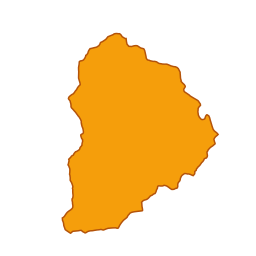 the district of Gozhing, Shemgang, Bhutan, rotated 166°
{"feature_id": "84629894B58604121437268", "entity_name": "Gozhing", "entity_type": "district", "adm_level": 2, "iso_a3": "BTN", "parent_name": "Bhutan", "parent_adm1": "Shemgang", "projection": "natural_earth1", "projection_center": [90.921, 26.963], "detail": "fine", "context": "isolated", "style": "filled", "palette": "amber", "viewbox_px": 256, "rotation_deg": 166, "n_neighbors": 0, "source": "geoboundaries", "source_scale": "gbopen_adm2", "svg_char_len": 5807}
<svg xmlns="http://www.w3.org/2000/svg" viewBox="0 0 256 256"><g transform="rotate(166 128 128)"><path d="M42.1,100.0L43.1,101.9L44.9,104.2L45.7,106.1L46.0,109.5L46.1,111.9L46.3,115.9L46.3,118.2L46.7,120.3L47.3,120.9L48.1,121.7L48.6,121.7L49.6,120.9L50.6,119.5L51.2,118.4L52.2,118.1L53.4,118.1L54.1,118.3L54.7,118.6L55.2,119.3L55.4,119.7L56.2,121.4L56.6,123.5L56.4,125.4L56.3,126.7L56.0,127.7L55.7,128.3L55.3,129.8L54.5,130.9L52.9,132.0L52.2,132.4L52.1,133.1L52.0,133.7L52.7,135.7L53.4,137.5L54.4,138.6L56.7,140.8L59.8,143.9L60.7,145.3L63.3,148.2L64.3,149.3L64.7,150.1L64.7,151.2L64.6,151.8L64.3,152.4L62.9,153.7L62.4,154.4L62.4,155.0L62.9,156.5L64.2,158.5L64.9,159.8L65.2,160.5L64.9,161.3L65.0,162.3L65.0,163.6L64.4,166.9L64.2,168.4L64.0,169.1L64.0,169.9L64.2,170.7L64.8,173.4L65.8,174.9L67.3,176.0L68.8,176.5L71.3,177.9L73.9,179.9L74.8,180.5L75.8,180.8L77.0,181.1L78.8,181.6L80.3,182.3L81.7,182.9L82.6,183.4L83.5,184.4L84.2,185.2L84.7,185.5L86.0,186.2L86.6,186.3L87.6,186.6L89.0,187.3L89.9,187.7L90.5,188.1L90.9,188.5L91.5,188.8L92.0,189.0L92.8,189.6L93.2,190.7L93.4,191.5L93.2,193.2L93.2,194.0L93.1,197.0L93.1,198.8L93.1,199.3L93.3,200.0L93.3,200.5L93.7,201.1L94.5,201.6L95.5,202.1L96.6,202.8L97.4,203.8L98.2,204.5L98.5,205.0L98.9,205.4L100.2,206.0L100.9,206.1L102.2,206.3L104.8,206.2L107.5,207.1L108.7,209.7L108.6,212.2L108.2,215.3L108.8,215.4L109.6,215.9L110.0,216.4L110.4,216.8L111.1,217.5L111.7,218.1L111.9,219.1L112.2,219.9L112.7,220.6L112.9,221.0L113.3,221.5L114.0,221.7L114.6,221.8L115.5,222.2L116.4,222.5L117.0,222.6L118.1,222.7L119.0,222.6L119.8,222.2L121.2,222.0L123.4,221.7L125.4,221.4L127.1,220.1L128.2,219.3L129.4,218.9L131.2,218.2L132.8,217.8L134.0,217.6L134.9,216.3L136.2,215.0L136.8,214.8L138.5,214.2L139.3,214.0L139.9,214.1L140.7,214.1L141.5,214.1L142.5,214.1L144.4,214.1L145.6,214.2L146.3,213.6L147.2,212.8L147.9,212.0L148.8,210.4L150.2,209.1L151.4,208.7L151.8,207.7L153.1,206.1L154.7,204.8L156.0,204.5L157.1,204.5L158.1,204.6L159.2,204.1L159.5,203.3L160.0,201.7L160.9,199.7L161.4,198.5L161.8,196.7L162.0,195.7L162.1,194.9L163.9,188.4L163.8,185.6L163.7,184.0L163.7,182.8L163.9,181.5L164.3,181.4L166.0,180.3L166.7,179.7L167.4,179.1L167.8,178.6L168.1,178.3L168.6,177.7L169.2,177.3L170.2,176.6L170.8,176.0L171.2,175.6L171.7,175.3L172.4,174.6L172.8,174.4L173.4,174.3L174.1,174.1L174.7,173.9L176.1,173.3L176.9,172.9L177.7,172.4L178.3,171.7L178.7,170.9L178.6,170.3L178.3,169.9L178.1,169.2L177.8,168.6L177.6,167.8L177.7,167.3L177.7,166.7L177.6,165.9L177.7,164.6L177.8,164.0L177.9,163.4L178.1,162.8L178.1,161.9L178.0,161.4L177.6,160.6L177.2,160.0L176.7,159.0L176.4,158.5L176.2,158.0L175.8,157.2L175.4,156.6L174.9,155.4L174.6,154.8L174.4,154.1L174.1,153.5L173.8,152.8L173.6,152.1L173.4,151.7L172.8,150.6L172.5,149.5L172.2,148.8L172.1,148.3L172.0,147.7L171.9,147.2L171.7,146.2L171.8,145.6L172.2,144.0L172.0,143.1L172.3,142.5L172.2,142.0L172.2,140.3L172.0,139.5L171.9,138.2L172.0,136.6L172.2,134.9L172.4,134.4L172.8,133.8L173.4,133.4L174.2,133.3L174.8,133.1L175.3,132.9L175.6,132.4L175.6,131.8L175.7,131.2L175.6,130.4L175.6,129.8L175.5,129.2L175.4,128.7L174.9,127.8L175.1,127.0L175.2,126.1L175.6,125.4L176.1,124.5L176.6,123.4L176.8,122.5L177.3,122.1L177.8,121.6L178.6,121.1L179.1,120.7L179.5,120.2L179.8,119.5L180.4,118.8L181.2,118.5L182.2,118.1L183.5,117.7L184.7,117.6L185.4,117.1L185.8,116.8L186.5,116.3L187.0,115.7L187.2,115.3L187.7,114.9L188.3,114.8L188.8,114.8L189.3,114.4L189.9,114.2L190.3,113.8L190.8,113.3L191.3,113.0L191.7,112.9L192.6,112.3L193.1,112.0L193.1,111.3L193.1,110.6L193.3,110.0L193.8,109.3L194.2,108.3L194.4,107.9L194.8,107.3L195.1,106.8L195.0,106.3L194.6,105.3L194.6,104.5L194.4,103.3L194.4,102.3L194.5,101.6L194.8,100.5L195.1,99.4L195.6,98.0L195.9,97.3L195.8,96.2L196.1,93.6L196.4,92.6L196.7,91.4L196.7,90.9L196.5,90.4L196.3,89.8L196.1,89.0L195.9,88.0L195.7,86.1L195.7,85.0L195.7,84.4L196.0,83.7L196.5,83.0L196.5,81.5L196.9,80.2L197.3,78.2L197.6,75.9L198.2,74.2L198.7,73.3L199.2,73.0L199.5,72.4L199.8,71.2L199.8,69.5L200.1,68.2L200.3,65.9L200.8,64.4L201.7,63.3L202.7,62.9L203.4,62.4L204.8,62.0L207.1,61.0L208.4,60.1L209.4,59.2L210.4,58.3L211.0,57.7L212.4,56.9L213.5,56.6L213.9,54.2L213.6,52.7L213.6,51.1L213.9,48.7L213.6,45.9L213.5,44.6L212.6,43.5L210.8,41.5L209.6,40.2L209.1,39.8L207.0,40.9L206.3,41.1L204.5,40.8L201.7,40.4L200.9,40.3L199.0,40.2L198.0,39.9L197.2,38.6L196.6,38.0L195.7,37.3L195.2,36.7L194.5,36.5L193.0,37.0L192.0,37.3L189.8,37.4L187.1,36.9L185.2,36.8L182.9,36.6L181.0,36.3L178.7,36.1L177.3,35.3L176.6,35.0L176.0,35.0L173.9,35.3L171.7,35.5L169.0,35.1L166.7,34.7L164.1,34.1L162.7,33.3L161.6,33.3L159.3,35.9L157.3,37.7L154.7,39.6L151.8,40.9L150.6,41.5L149.1,43.2L147.7,44.1L146.7,44.9L144.7,45.3L142.2,45.2L138.8,44.8L135.0,44.3L134.0,44.3L133.7,44.7L133.6,45.5L133.5,46.4L133.4,48.5L133.1,50.2L132.9,51.3L132.8,52.7L131.8,53.2L131.0,53.8L130.1,54.0L129.3,54.1L127.9,54.1L126.7,54.3L125.7,54.7L124.4,55.5L123.5,56.1L122.7,56.7L121.1,56.9L120.1,57.3L119.6,57.6L118.2,57.9L117.6,57.9L116.3,59.3L115.2,61.2L114.1,62.3L113.3,64.2L112.2,64.5L110.3,63.8L109.0,63.5L108.0,63.4L106.9,63.7L105.9,63.2L104.7,62.6L103.0,60.8L101.9,59.4L100.6,57.9L99.6,57.6L98.3,57.4L96.1,57.9L95.3,57.7L94.5,58.1L93.8,59.4L93.5,60.9L92.9,62.3L92.0,63.1L91.4,63.7L90.5,64.2L89.9,65.2L89.2,66.7L87.8,68.4L86.8,69.1L85.6,69.6L84.1,70.1L82.7,69.7L81.4,69.0L80.4,68.8L78.9,68.0L77.8,67.1L76.3,66.0L75.7,66.4L74.4,67.4L73.9,68.7L73.8,69.5L73.1,70.0L72.2,70.3L71.3,71.9L70.0,72.7L69.6,73.2L68.6,73.7L67.4,74.4L65.8,75.8L64.9,76.6L63.6,77.3L62.8,78.0L62.0,78.8L61.7,79.4L61.2,79.7L59.9,80.0L59.3,79.9L58.7,80.3L57.9,81.3L57.5,82.4L57.5,83.5L57.3,84.9L57.2,85.5L56.8,86.0L56.2,86.4L55.7,87.2L54.6,88.0L53.6,88.7L52.5,89.3L49.8,90.3L48.8,90.9L47.8,91.2L47.2,92.0L47.4,93.8L47.4,96.1L46.9,96.9L45.8,97.9L44.9,98.5L43.0,99.4L42.1,100.0Z" fill="#f59e0b" stroke="#b45309" stroke-width="1.5"/></g></svg>